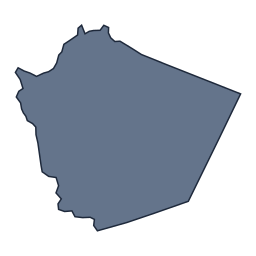 outline of Chã Preta, Alagoas, Brazil
{"feature_id": "56859067B70513869216863", "entity_name": "Chã Preta", "entity_type": "district", "adm_level": 2, "iso_a3": "BRA", "parent_name": "Brazil", "parent_adm1": "Alagoas", "projection": "mercator", "projection_center": [-36.315, -9.242], "detail": "fine", "context": "isolated", "style": "filled", "palette": "slate", "viewbox_px": 256, "rotation_deg": 0, "n_neighbors": 0, "source": "geoboundaries", "source_scale": "gbopen_adm2", "svg_char_len": 827}
<svg xmlns="http://www.w3.org/2000/svg" viewBox="0 0 256 256"><path d="M16.3,97.0L20.6,102.9L21.6,108.9L23.4,112.9L25.9,116.3L27.3,120.6L32.6,123.6L35.8,127.1L36.0,134.7L37.9,142.9L41.1,165.7L42.2,171.8L48.7,176.4L56.1,177.5L58.6,185.8L56.0,192.9L61.3,198.9L58.0,203.9L58.6,209.4L64.6,211.5L71.9,210.9L75.0,216.7L82.5,217.6L90.2,217.3L94.4,219.4L93.7,225.5L97.4,230.8L126.9,222.5L155.2,212.9L188.3,201.3L219.5,137.6L240.6,93.9L166.2,64.5L141.4,54.5L132.0,48.5L120.0,41.2L114.8,41.5L110.7,37.8L108.4,32.9L108.6,27.5L103.8,25.3L100.1,30.3L93.6,30.5L89.3,31.3L85.0,33.8L81.6,25.2L78.1,28.2L77.6,35.0L69.8,40.4L63.9,44.3L61.8,51.9L58.8,55.0L56.7,62.9L53.5,68.5L48.6,71.7L43.6,73.1L36.5,76.4L30.1,73.1L24.1,71.0L18.1,67.8L15.4,72.4L20.2,79.5L23.0,88.5L18.8,91.3L16.3,97.0Z" fill="#64748b" stroke="#1e293b" stroke-width="1.5"/></svg>